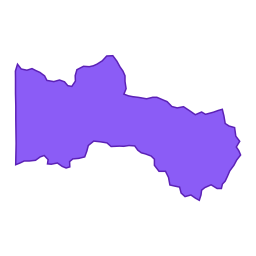 Caieiras, São Paulo, Brazil
{"feature_id": "56859067B48741528638034", "entity_name": "Caieiras", "entity_type": "district", "adm_level": 2, "iso_a3": "BRA", "parent_name": "Brazil", "parent_adm1": "São Paulo", "projection": "orthographic", "projection_center": [-46.742, -23.377], "detail": "fine", "context": "isolated", "style": "filled", "palette": "violet", "viewbox_px": 256, "rotation_deg": 0, "n_neighbors": 0, "source": "geoboundaries", "source_scale": "gbopen_adm2", "svg_char_len": 1519}
<svg xmlns="http://www.w3.org/2000/svg" viewBox="0 0 256 256"><path d="M222.3,109.3L218.4,110.4L213.4,112.2L205.5,114.3L201.6,112.0L195.3,114.7L190.3,111.2L183.5,106.7L177.2,107.9L171.8,106.5L167.2,101.7L156.9,97.3L152.7,97.3L146.6,98.8L138.6,97.4L132.8,96.7L128.3,95.8L123.9,94.1L126.1,88.7L125.0,81.4L125.0,75.8L122.9,71.0L120.0,66.9L116.9,61.2L112.8,55.7L106.7,56.0L102.3,60.8L96.9,64.2L93.3,65.8L89.3,66.7L83.5,66.3L76.9,69.7L75.2,75.6L75.4,81.1L71.8,86.4L67.8,85.7L64.5,81.8L59.5,80.0L53.8,81.6L46.9,80.4L44.6,75.9L39.9,72.4L35.9,70.6L32.0,68.6L26.9,70.2L21.2,69.0L17.5,64.2L15.4,71.1L15.5,78.6L15.5,85.7L15.5,93.3L15.8,106.3L15.8,111.5L15.8,119.1L16.1,143.6L15.7,164.7L19.8,163.1L24.2,161.0L29.1,161.0L35.5,160.3L40.2,156.9L44.2,155.5L48.1,159.6L47.5,163.9L51.3,164.2L57.4,163.0L62.2,166.4L66.1,168.0L69.8,166.9L69.6,161.6L72.8,158.9L78.6,158.4L84.7,156.9L86.8,151.2L88.3,145.5L93.7,141.1L100.4,141.8L107.0,142.9L111.1,146.5L115.5,146.3L119.6,146.1L123.7,146.3L129.0,145.5L134.7,145.9L137.8,150.2L141.3,152.8L145.4,153.9L151.1,156.0L154.4,159.2L154.4,165.3L159.0,171.3L165.5,171.3L168.5,177.4L169.9,185.0L174.8,186.1L179.6,187.1L181.1,193.0L185.0,196.6L190.9,195.0L195.5,198.2L199.3,200.3L201.0,194.9L201.6,190.2L204.8,187.6L211.1,184.8L217.1,188.5L221.4,188.5L222.4,184.1L225.2,181.1L227.3,176.6L229.8,170.8L233.9,165.3L236.7,160.0L240.6,155.0L238.8,150.7L236.3,147.0L239.7,141.3L235.8,136.2L234.6,127.6L229.0,126.0L225.2,123.5L223.9,115.9L222.3,109.3Z" fill="#8b5cf6" stroke="#5b21b6" stroke-width="1.5"/></svg>